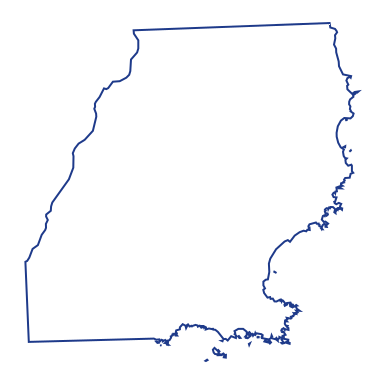 outline of Florentino Ameghino, Chubut, Argentina
{"feature_id": "61730980B85426679485259", "entity_name": "Florentino Ameghino", "entity_type": "district", "adm_level": 2, "iso_a3": "ARG", "parent_name": "Argentina", "parent_adm1": "Chubut", "projection": "orthographic", "projection_center": [-65.622, -44.445], "detail": "fine", "context": "isolated", "style": "outline", "palette": "blue", "viewbox_px": 384, "rotation_deg": 0, "n_neighbors": 0, "source": "geoboundaries", "source_scale": "gbopen_adm2", "svg_char_len": 6069}
<svg xmlns="http://www.w3.org/2000/svg" viewBox="0 0 384 384"><path d="M133.6,30.3L133.9,33.7L138.3,40.3L138.3,48.5L137.1,52.5L131.0,59.5L130.3,71.1L129.2,74.8L126.3,77.7L119.7,81.2L112.9,81.7L108.2,88.1L106.3,89.1L104.0,88.4L99.6,97.0L95.8,101.9L94.9,103.8L95.1,106.8L94.3,108.8L96.1,113.6L96.3,116.7L92.9,130.8L84.7,139.8L78.6,143.6L74.8,148.5L72.8,153.2L73.5,156.2L73.3,167.7L68.9,179.3L52.3,202.5L51.1,206.4L50.8,210.8L46.2,214.5L46.1,216.5L47.8,220.0L45.9,223.9L46.0,227.8L45.2,230.0L41.7,234.8L37.9,245.1L32.6,248.9L29.3,257.6L27.2,260.9L25.4,261.8L28.8,341.9L153.9,338.6L156.3,339.7L159.3,339.4L159.7,341.6L161.5,339.8L162.9,340.3L162.9,341.3L165.2,340.0L166.7,341.7L165.0,343.0L166.2,343.2L167.1,344.8L168.4,344.8L165.9,342.8L167.0,341.8L167.9,343.3L168.0,341.8L167.0,340.7L169.5,340.2L171.1,337.6L170.8,336.4L172.5,335.5L172.4,334.7L173.6,334.7L173.4,333.8L175.0,333.8L175.9,334.2L175.8,335.5L177.1,335.5L176.4,334.5L176.9,333.3L175.8,332.1L176.2,330.4L179.9,329.3L179.9,327.3L182.7,324.2L185.5,325.7L186.1,328.1L187.2,325.9L186.4,325.5L188.0,324.4L190.0,327.1L189.8,326.2L191.1,326.3L190.6,325.3L191.7,326.2L195.5,324.9L197.6,325.5L197.9,326.6L199.7,325.7L201.3,327.7L202.1,327.4L201.8,326.0L203.6,326.0L204.1,327.8L205.1,326.9L206.0,327.4L205.7,329.5L208.9,328.5L212.6,329.2L212.8,328.1L213.3,329.6L215.3,329.8L217.9,331.9L223.6,339.1L225.7,338.9L227.7,340.5L231.2,336.2L235.9,338.0L236.1,335.5L234.6,334.1L235.3,333.2L234.5,331.1L238.3,328.9L243.2,328.9L246.7,331.7L246.8,334.9L245.2,336.7L246.3,337.0L246.0,337.9L247.7,338.2L250.5,335.9L250.2,334.8L249.2,335.3L248.3,334.4L248.4,332.9L249.4,332.1L251.5,334.5L252.2,334.0L253.0,335.7L253.9,334.3L254.8,334.8L255.3,333.1L255.8,334.2L256.4,333.3L261.4,334.2L262.6,335.1L261.8,336.6L262.4,336.6L262.0,338.1L268.2,339.3L268.6,340.3L268.0,341.1L269.9,343.5L271.0,342.4L268.8,339.5L270.9,338.1L271.6,335.3L272.1,336.4L271.4,336.8L271.5,338.1L275.3,339.2L276.4,337.9L277.1,338.9L276.5,339.7L277.8,340.8L277.7,339.5L279.4,338.1L279.4,337.0L280.8,337.7L282.6,337.0L282.6,336.2L283.8,336.6L283.7,335.4L285.5,334.8L284.0,332.4L282.4,332.1L282.8,331.5L281.3,330.7L281.8,329.3L283.6,328.2L284.8,329.9L285.1,329.1L288.5,329.9L288.4,328.0L287.0,326.9L287.6,325.9L285.8,325.6L284.8,323.8L285.0,321.4L286.9,321.4L285.6,320.2L287.3,319.4L286.7,317.8L290.8,318.6L291.6,317.9L291.0,316.7L294.1,316.0L293.0,315.7L294.6,314.5L293.9,313.3L295.9,313.8L295.4,313.0L296.8,312.9L296.7,312.1L297.3,312.1L296.1,310.6L299.7,310.8L296.9,308.8L295.6,306.2L293.4,306.9L293.2,305.4L292.3,305.4L292.6,304.6L291.3,304.3L290.5,305.0L291.3,306.8L290.2,306.3L290.0,304.5L291.0,303.7L290.5,302.6L287.1,303.0L287.2,304.5L284.8,305.8L284.4,304.8L285.4,303.6L283.0,300.6L282.1,300.2L281.6,301.5L280.9,299.8L280.2,300.6L279.8,299.8L276.5,301.5L274.5,301.4L272.8,298.6L270.6,298.9L270.1,297.1L267.5,297.6L264.1,293.0L263.3,289.8L265.0,288.4L263.4,285.4L263.4,281.6L265.8,279.7L267.9,279.4L269.3,272.0L268.9,263.6L270.3,258.6L276.1,249.2L284.6,241.5L287.8,240.1L290.0,241.8L294.7,235.6L299.6,232.2L303.6,230.7L306.3,231.3L307.4,229.7L309.7,230.0L309.5,227.7L308.8,227.9L308.4,226.2L309.5,224.3L315.9,222.5L316.7,223.7L318.6,223.6L318.6,224.6L319.5,224.8L319.4,226.2L321.1,226.7L321.5,228.2L322.7,225.1L324.1,223.9L325.3,224.2L325.5,226.8L326.7,226.9L326.1,225.6L328.1,223.6L325.4,221.6L323.9,222.0L321.8,219.6L322.9,216.0L324.1,215.4L324.8,216.1L325.3,215.1L326.5,215.8L327.9,214.6L327.6,213.5L325.4,213.1L324.8,211.2L325.7,210.6L325.0,209.5L326.5,208.2L327.9,208.3L328.2,209.4L329.2,207.4L330.1,208.1L330.7,207.0L333.0,207.1L335.2,209.2L334.3,212.2L335.5,213.1L335.4,211.9L336.4,210.5L336.1,209.4L337.1,208.6L337.8,209.5L338.2,208.0L339.1,208.0L338.9,208.8L339.5,209.7L339.3,209.0L340.6,208.7L342.0,209.8L342.2,208.4L340.5,207.9L340.0,206.3L341.2,203.9L338.8,202.9L336.3,204.2L334.7,203.2L334.3,201.8L335.1,201.6L336.5,197.4L333.6,197.1L332.4,194.6L333.6,192.8L334.7,192.4L335.2,193.3L335.5,191.5L336.9,191.3L336.4,187.5L338.3,186.8L338.6,188.3L341.3,188.4L339.8,187.4L339.8,186.3L342.5,185.8L340.9,184.7L341.1,183.3L343.8,182.5L343.3,182.0L344.7,180.6L344.1,179.6L345.2,178.0L349.7,177.7L350.6,173.8L353.2,172.8L351.9,171.2L351.9,165.7L351.3,164.7L348.2,165.7L345.8,163.0L345.4,159.9L346.8,158.4L345.0,158.0L343.7,156.0L343.0,151.8L343.9,149.4L340.7,147.3L338.2,142.7L336.7,136.8L336.6,132.8L337.8,126.3L340.9,120.6L344.3,118.0L350.5,118.4L352.8,116.2L353.6,113.5L350.5,111.3L350.8,110.6L349.9,109.1L350.4,106.4L349.1,104.3L349.2,101.7L350.1,99.4L353.4,96.8L353.1,95.3L355.2,93.8L354.9,92.8L357.1,92.7L358.6,91.4L354.7,92.0L352.1,93.8L347.4,89.3L347.1,85.8L348.3,84.7L346.4,80.6L347.4,78.1L350.1,76.9L350.7,77.6L351.1,76.1L343.0,74.4L339.0,66.2L338.7,61.5L336.2,52.3L336.1,48.6L334.0,44.6L335.3,38.4L335.0,35.2L337.1,32.3L336.5,30.9L335.0,28.9L330.3,27.5L329.6,23.0L133.6,30.3ZM217.6,350.8L214.5,347.9L212.9,349.7L213.7,352.6L215.0,354.0L217.4,354.3L217.5,355.2L222.6,355.1L218.8,353.8L218.4,352.9L219.5,351.4L218.3,350.1L217.6,350.8ZM288.3,339.7L282.9,338.6L281.6,339.6L283.2,342.0L282.9,343.0L284.1,343.0L288.1,341.1L288.3,339.7ZM224.9,355.1L223.4,353.5L222.7,353.9L224.5,355.2L223.8,357.3L225.8,357.6L225.9,354.9L224.9,355.1ZM267.5,342.3L265.3,340.1L264.4,341.5L267.5,342.3ZM289.7,342.9L287.7,342.0L287.0,343.0L289.6,343.8L289.7,342.9ZM276.5,273.0L274.1,271.5L273.6,271.5L276.5,273.0ZM259.5,337.3L258.0,336.8L256.8,337.5L259.5,337.3ZM240.4,337.9L238.9,336.0L238.1,336.4L239.4,338.0L240.4,337.9ZM158.3,342.8L157.7,342.0L156.5,341.9L157.4,342.9L158.3,342.8ZM345.3,120.3L346.7,120.1L346.8,119.5L345.3,120.3ZM207.5,360.1L207.1,359.7L205.5,360.8L205.9,361.0L207.5,360.1ZM345.1,147.2L345.2,146.2L343.9,146.9L345.1,147.2ZM249.2,344.9L249.9,343.3L248.9,343.9L249.2,344.9ZM221.6,340.8L222.5,341.2L222.7,340.6L221.6,340.8ZM349.4,151.7L350.9,150.5L350.8,150.3L349.4,151.7ZM297.0,305.6L296.2,305.0L295.6,305.5L295.9,305.8L297.0,305.6ZM283.0,343.4L282.3,342.9L281.5,343.0L282.2,343.6L283.0,343.4ZM322.5,229.3L321.9,228.5L321.4,228.6L322.0,229.3L322.5,229.3ZM161.0,345.4L160.1,345.1L161.5,345.7L161.0,345.4Z" fill="none" stroke="#1e3a8a" stroke-width="2"/></svg>